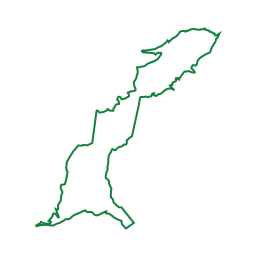 Moravia, San José, Costa Rica, rotated 185°
{"feature_id": "36466004B8745227271040", "entity_name": "Moravia", "entity_type": "district", "adm_level": 2, "iso_a3": "CRI", "parent_name": "Costa Rica", "parent_adm1": "San José", "projection": "orthographic", "projection_center": [-84.02, 10.01], "detail": "fine", "context": "isolated", "style": "outline", "palette": "green", "viewbox_px": 256, "rotation_deg": 185, "n_neighbors": 0, "source": "geoboundaries", "source_scale": "gbopen_adm2", "svg_char_len": 5824}
<svg xmlns="http://www.w3.org/2000/svg" viewBox="0 0 256 256"><g transform="rotate(185 128 128)"><path d="M113.9,34.0L127.5,48.3L130.3,48.3L132.3,49.8L133.0,50.2L133.4,50.5L134.1,51.4L135.6,52.3L135.9,52.7L136.2,53.4L136.3,54.5L136.8,55.6L137.2,56.0L139.0,57.4L139.4,61.4L139.3,66.3L142.0,70.8L142.3,73.6L143.8,75.1L144.4,75.6L145.7,76.1L145.9,76.8L146.0,78.6L145.7,80.0L145.7,81.6L144.7,84.6L144.7,85.2L144.9,85.6L145.0,86.5L145.0,89.1L144.7,90.3L144.6,92.6L144.7,93.5L144.9,94.2L144.8,98.5L143.9,100.9L142.7,102.9L142.6,103.7L142.1,104.9L142.1,105.3L141.6,105.6L139.6,104.8L138.8,104.8L138.2,105.2L137.0,106.9L136.2,107.6L134.8,108.5L133.3,108.8L132.7,109.1L131.8,109.8L130.8,110.8L130.1,111.3L128.9,111.3L128.4,111.5L128.1,112.0L127.9,113.1L128.1,114.9L128.1,115.8L128.0,116.1L127.4,116.3L127.0,116.6L126.4,117.6L125.9,118.2L124.3,119.3L123.3,120.2L119.3,151.3L118.7,158.8L118.2,160.0L116.1,160.1L115.8,160.3L115.0,160.3L114.8,160.4L114.1,160.4L113.5,160.8L112.1,160.8L111.3,160.4L110.8,160.4L109.2,161.3L107.9,161.4L107.4,162.0L107.2,162.7L107.0,163.8L106.6,164.3L106.2,164.7L105.6,164.9L104.9,164.9L104.9,164.2L105.2,163.8L105.2,163.1L104.9,162.8L102.7,162.4L102.3,162.5L101.8,163.4L101.2,163.9L99.7,164.6L99.2,164.6L98.5,165.0L97.6,165.6L95.7,167.6L94.6,168.6L94.4,168.9L92.2,170.4L91.1,170.8L90.3,170.9L87.7,170.9L85.9,170.1L85.9,170.3L86.5,171.0L88.7,172.3L90.0,174.1L89.8,174.2L89.3,174.4L88.0,174.4L87.6,174.7L87.5,175.6L87.8,176.2L87.8,176.8L85.9,178.2L84.7,178.5L84.2,179.4L84.2,179.7L84.7,181.2L84.7,181.6L84.4,181.9L83.0,182.1L82.4,181.0L81.9,180.7L81.2,180.6L81.1,182.0L81.0,182.3L79.6,184.3L79.4,184.9L78.8,185.8L78.4,186.3L77.7,187.8L76.9,188.7L76.2,189.4L74.7,189.3L73.5,189.8L72.7,189.9L71.7,189.9L70.2,189.3L69.4,189.1L68.1,188.9L66.5,189.1L66.8,190.0L67.4,190.8L68.3,191.7L69.3,192.3L70.1,193.3L70.0,194.3L69.4,195.3L69.3,195.7L68.9,196.2L68.5,196.3L65.8,196.2L65.0,197.5L64.4,201.0L63.7,202.3L62.3,204.2L61.7,204.7L61.1,205.1L60.2,205.9L56.1,208.8L53.3,210.1L52.9,210.5L52.5,211.4L52.0,213.9L51.4,215.7L50.4,217.5L49.7,219.5L49.1,220.2L48.4,221.5L48.1,224.1L47.8,224.5L46.9,225.4L45.2,230.0L46.1,229.3L46.6,229.1L47.7,228.0L48.4,227.7L48.8,227.7L49.8,228.5L50.0,229.7L51.6,229.7L51.8,230.2L52.0,230.5L55.4,231.3L55.5,231.8L55.8,232.1L59.2,232.6L59.6,233.5L59.8,233.7L60.3,233.8L60.9,233.6L61.3,232.9L62.9,232.9L64.5,232.3L65.5,232.1L68.3,232.1L69.3,232.2L69.8,232.4L71.5,232.4L72.3,232.0L73.3,232.0L74.5,231.3L75.3,231.2L75.7,230.7L76.4,230.2L77.1,229.9L78.7,230.0L78.9,229.5L78.9,229.1L79.0,229.0L80.8,229.6L82.3,229.4L84.7,228.3L85.2,227.5L85.6,226.4L87.9,223.5L89.7,222.2L91.1,221.5L94.8,217.3L95.0,217.9L96.2,218.7L97.5,216.5L102.4,212.2L105.2,210.9L106.0,210.2L106.7,209.9L107.7,209.1L116.8,206.8L120.0,206.6L120.9,205.7L120.5,205.2L119.8,204.7L108.7,204.8L108.0,204.1L106.9,203.5L105.2,205.4L104.5,205.6L101.4,205.6L101.3,204.9L101.4,204.6L101.5,204.1L101.7,203.7L103.1,201.4L103.7,200.2L104.7,199.0L105.6,198.2L106.3,197.9L107.0,197.3L107.3,197.3L107.4,197.0L108.5,196.4L109.2,196.2L109.6,195.8L110.1,195.8L110.7,195.5L110.9,195.4L111.7,194.8L113.6,194.0L114.6,193.3L115.6,192.2L116.6,191.4L116.8,191.4L117.1,191.1L117.7,190.8L121.3,189.9L122.4,189.5L124.2,189.3L124.1,188.6L123.2,185.1L123.1,183.3L123.3,182.8L123.5,182.5L123.8,180.7L124.0,180.0L124.0,179.0L124.3,178.1L124.7,176.9L125.3,175.7L125.5,175.6L126.0,174.6L126.0,172.5L125.5,171.0L125.4,170.5L123.9,167.6L123.7,166.5L124.1,166.0L126.3,165.2L127.8,164.9L128.2,164.7L128.8,164.5L128.8,164.3L129.7,164.0L130.5,163.5L131.2,163.4L131.3,163.2L131.2,163.0L129.8,160.9L129.8,159.8L130.1,159.4L130.7,159.1L131.1,158.8L131.3,158.8L131.9,158.2L133.6,157.0L136.0,156.3L137.0,156.1L137.5,157.3L138.2,158.0L139.0,158.3L139.8,158.3L140.4,157.9L140.4,157.7L140.9,157.2L141.3,155.9L141.3,155.5L139.7,153.8L139.2,152.8L139.0,151.4L139.2,151.0L140.8,150.8L141.8,150.5L142.1,150.2L143.3,147.2L144.1,146.4L144.2,143.9L148.0,143.8L148.5,143.9L149.4,144.9L149.9,145.2L150.2,145.0L150.5,143.8L151.0,143.2L150.9,143.4L152.0,142.9L152.6,142.5L153.4,142.0L155.0,141.5L155.5,141.5L156.3,141.1L157.9,140.9L158.6,141.7L159.5,142.3L159.9,142.8L160.4,142.8L160.8,142.2L162.3,109.9L167.0,107.2L171.1,107.2L172.7,106.3L176.2,106.2L176.8,105.0L178.5,102.7L178.6,102.4L180.3,100.4L181.4,98.0L182.7,95.9L183.2,94.7L185.3,90.4L185.7,89.5L186.0,87.5L186.1,82.8L185.9,82.2L185.9,81.6L185.7,81.0L184.4,79.3L185.1,70.5L185.3,69.5L185.7,68.9L185.7,67.1L185.8,66.9L186.9,66.1L187.8,66.0L189.4,65.5L189.6,65.3L189.8,64.5L189.9,63.7L189.9,62.6L189.8,62.1L189.2,61.4L188.9,60.4L188.0,59.2L187.8,58.1L187.8,57.5L188.5,55.2L188.7,54.1L188.7,49.8L189.2,48.3L190.3,46.6L190.8,45.5L190.9,43.9L190.6,42.1L190.6,40.9L190.9,40.6L191.2,40.5L191.9,40.5L192.8,40.9L191.3,37.3L189.5,34.3L189.2,33.7L189.2,32.9L189.3,32.8L189.6,32.9L190.2,33.2L192.2,35.7L192.8,36.1L193.2,36.3L193.8,36.3L194.6,36.5L195.1,36.0L195.3,35.6L195.6,33.6L195.9,32.9L196.9,31.4L197.5,30.7L198.9,28.6L197.6,28.4L196.7,28.1L196.6,27.1L197.1,26.6L198.1,26.1L199.7,25.7L202.7,25.6L203.9,25.9L205.9,26.7L206.6,26.8L207.3,24.8L207.8,24.8L208.4,24.6L208.7,24.6L209.1,24.1L209.7,23.5L210.8,23.1L210.8,22.3L210.3,22.2L209.5,22.7L206.0,23.7L203.1,24.2L202.3,24.2L201.5,24.4L197.1,24.4L194.4,24.2L192.2,25.4L190.9,26.3L189.8,26.8L188.4,27.2L187.5,27.7L185.9,28.9L183.6,30.4L182.4,31.6L181.1,31.9L179.1,31.9L178.7,32.1L177.5,33.1L176.1,34.8L173.4,37.0L171.6,37.8L170.1,38.7L168.3,39.5L163.7,42.3L161.4,40.7L160.3,40.8L159.2,41.0L156.8,41.0L155.0,39.9L154.0,38.9L153.2,38.4L152.9,38.3L151.3,38.3L150.6,38.5L148.4,39.6L145.4,41.6L144.5,42.0L143.8,42.5L142.4,43.0L142.5,42.3L142.8,41.6L142.7,41.2L141.9,41.0L139.6,41.0L138.1,40.3L137.1,39.5L135.5,38.8L133.8,37.4L128.9,35.5L126.5,35.0L126.3,34.1L126.1,33.0L125.6,31.6L125.1,31.0L123.7,29.9L122.0,28.2L121.3,27.7L113.9,34.0Z" fill="none" stroke="#15803d" stroke-width="2"/></g></svg>